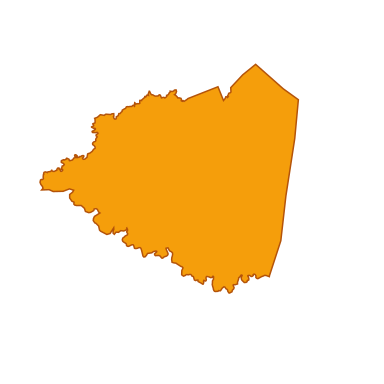 the district of Santa Catarina Loxicha, Oaxaca, Mexico, rotated 65°
{"feature_id": "50627088B46665345239185", "entity_name": "Santa Catarina Loxicha", "entity_type": "district", "adm_level": 2, "iso_a3": "MEX", "parent_name": "Mexico", "parent_adm1": "Oaxaca", "projection": "albers", "projection_center": [-96.724, 16.067], "detail": "fine", "context": "isolated", "style": "filled", "palette": "amber", "viewbox_px": 384, "rotation_deg": 65, "n_neighbors": 0, "source": "geoboundaries", "source_scale": "gbopen_adm2", "svg_char_len": 6050}
<svg xmlns="http://www.w3.org/2000/svg" viewBox="0 0 384 384"><g transform="rotate(65 192 192)"><path d="M300.6,157.2L273.7,132.1L235.3,108.6L187.0,76.3L153.3,56.6L137.0,65.7L103.2,80.4L107.2,96.4L113.8,112.8L117.8,114.4L118.2,115.2L118.1,117.1L118.9,117.7L119.9,119.1L120.9,118.8L121.3,120.0L120.5,120.1L120.0,121.1L121.3,122.5L122.4,124.8L107.6,124.0L105.6,156.2L105.9,156.9L106.5,160.9L105.4,161.4L105.3,161.8L105.8,162.2L105.8,162.4L104.7,163.2L103.9,162.5L102.5,162.4L101.5,163.5L100.6,165.2L99.6,165.2L97.9,165.8L96.4,166.7L96.1,165.3L94.3,163.5L92.7,163.3L92.2,164.9L92.7,165.8L92.6,167.4L91.4,169.2L92.2,169.5L92.5,170.8L93.0,171.2L93.7,172.4L93.8,173.2L93.7,174.2L94.6,174.4L95.1,175.5L95.3,176.9L94.6,177.2L94.1,178.0L93.8,179.9L91.1,179.8L90.3,180.1L90.1,180.8L90.6,182.1L89.7,184.6L88.7,185.6L87.6,186.3L87.1,186.8L86.7,187.6L85.3,187.9L82.8,187.9L82.6,188.2L84.6,190.2L86.1,190.6L85.1,191.7L86.2,193.6L85.5,194.1L85.5,194.4L86.2,194.7L87.4,198.9L87.8,199.1L86.9,200.4L87.1,200.7L89.6,201.9L89.6,202.6L88.7,204.6L88.5,206.2L87.4,205.9L86.9,206.2L88.7,207.4L89.8,207.6L90.0,207.9L88.7,208.2L88.5,208.9L89.0,210.4L88.3,212.0L87.9,213.5L87.3,214.5L87.1,215.5L88.1,216.8L88.1,218.5L88.4,220.7L89.5,221.3L89.7,222.4L90.5,223.9L90.0,224.9L90.1,225.3L91.6,226.5L91.9,228.9L93.2,229.4L93.7,230.2L93.2,231.2L92.4,231.6L91.4,231.5L90.5,231.4L90.2,230.7L87.9,229.8L87.3,231.5L87.4,233.0L85.1,237.1L85.1,237.9L85.5,239.1L83.2,242.4L84.3,246.2L84.1,249.1L84.9,249.1L87.4,250.1L88.4,250.8L88.2,252.9L88.4,253.2L89.3,252.9L90.0,252.9L90.5,253.3L90.5,255.4L90.6,255.6L90.9,255.6L92.6,254.3L93.3,253.0L93.8,252.8L94.5,253.2L94.3,253.8L94.5,254.5L95.0,255.0L94.7,256.5L95.2,257.1L95.9,257.0L96.2,256.8L97.5,254.2L97.6,253.4L97.9,252.7L98.4,252.4L99.3,252.5L99.6,254.6L100.5,255.2L101.5,254.6L102.0,254.7L103.0,256.4L103.7,257.1L104.8,257.4L105.3,258.3L105.1,259.8L105.4,260.9L106.3,261.8L107.2,261.9L108.6,261.1L110.2,260.8L111.4,261.3L111.7,263.2L113.0,265.2L113.1,265.8L113.6,268.2L113.3,270.0L113.4,270.5L116.2,272.5L116.9,275.3L116.7,276.2L116.0,276.9L115.0,276.9L114.4,275.3L113.7,274.8L113.4,274.8L112.9,275.3L112.6,276.5L112.9,277.5L112.4,278.6L112.8,279.1L112.8,280.0L112.5,280.3L112.3,281.8L111.8,282.2L110.9,281.6L110.9,280.8L110.2,281.0L110.0,281.3L109.5,281.3L109.0,281.8L108.8,282.2L109.2,282.9L110.1,283.1L111.1,282.8L111.5,283.1L111.3,284.8L112.4,286.6L112.4,287.3L112.0,289.6L111.7,289.9L110.4,289.6L108.6,291.0L108.4,291.4L108.5,291.7L108.9,291.9L109.1,292.4L109.0,294.4L108.5,294.7L108.4,295.7L108.4,296.9L108.5,297.2L108.8,297.5L109.3,297.4L110.0,297.9L111.8,296.4L113.2,296.2L113.8,297.6L113.6,298.7L114.8,299.6L115.4,300.6L115.9,300.9L116.2,300.8L116.4,300.1L116.7,299.8L117.2,299.8L117.7,300.1L118.1,301.1L118.0,302.0L117.7,302.3L116.5,302.1L115.1,302.8L114.5,302.6L114.4,302.3L114.1,302.4L113.6,303.3L113.7,303.9L114.4,304.9L115.2,305.4L115.0,306.6L115.2,307.9L114.5,309.4L113.6,309.9L113.0,309.9L113.0,310.2L113.5,310.9L113.6,311.6L113.0,313.6L112.8,314.9L113.1,315.1L111.9,316.2L111.6,317.5L112.2,318.5L113.2,318.7L113.5,319.4L115.8,320.7L116.8,320.9L117.3,321.4L117.5,322.2L117.0,323.2L117.1,324.2L118.9,325.6L120.9,325.8L122.2,325.6L123.9,325.2L125.7,325.5L126.6,327.4L129.5,320.5L132.9,317.6L136.9,308.5L137.4,301.7L140.4,298.5L141.7,300.3L142.5,303.9L145.7,305.4L149.5,304.8L151.4,303.2L153.0,304.2L154.3,303.8L155.5,302.3L157.4,298.1L161.3,296.4L164.6,296.8L167.1,294.3L167.6,292.5L167.3,288.9L166.0,287.8L166.6,285.9L167.8,285.1L170.7,285.1L172.1,284.3L172.9,290.7L174.4,292.5L176.2,293.6L179.0,293.1L179.8,292.3L183.4,291.0L187.4,291.9L188.9,291.4L194.5,287.1L195.0,283.8L191.4,278.1L192.9,278.7L194.1,280.0L195.9,280.9L197.5,280.3L196.3,277.8L197.5,275.6L196.9,272.9L198.5,270.3L198.6,267.9L197.6,266.5L198.6,266.7L197.7,266.4L198.1,266.2L199.1,266.4L199.9,266.9L200.3,267.9L201.1,268.1L202.6,267.9L203.5,268.6L203.7,271.3L204.3,272.8L204.3,273.7L204.8,274.5L205.9,275.4L207.3,275.6L208.3,275.2L210.8,273.6L211.4,273.5L212.6,273.9L213.6,273.7L214.3,272.9L214.5,272.1L214.4,268.7L215.0,267.6L216.2,267.5L218.7,267.9L219.2,267.4L219.8,266.0L220.0,264.8L219.9,263.9L220.5,262.5L221.5,262.1L223.9,262.4L229.3,263.5L230.6,263.1L230.9,261.8L230.1,260.0L228.9,258.3L230.1,254.1L229.7,252.3L230.1,250.0L230.7,249.1L231.3,249.2L232.3,252.1L233.2,252.4L234.2,252.1L235.5,248.9L236.3,248.1L239.0,247.4L239.4,247.0L239.5,246.2L239.0,244.5L239.3,242.5L239.1,241.1L238.5,240.2L237.6,239.7L232.8,239.6L232.0,239.3L232.4,237.4L235.7,237.2L236.6,236.7L237.3,236.0L238.8,235.4L240.3,235.9L242.0,237.1L242.6,237.8L244.6,239.0L247.3,239.8L248.7,238.2L249.7,236.6L250.8,236.0L254.9,233.4L255.3,232.8L256.6,232.2L257.4,232.6L258.7,234.3L262.3,236.2L263.1,236.2L264.7,235.2L264.8,233.2L264.5,232.5L264.6,231.6L265.5,230.4L265.6,229.4L266.2,228.0L267.1,227.6L268.2,227.6L269.2,226.5L272.8,227.0L273.9,226.0L273.8,225.2L274.3,223.9L275.7,224.3L278.1,222.5L280.1,221.2L280.2,220.7L279.1,219.7L277.7,219.3L277.1,218.5L278.3,217.7L278.3,216.7L277.4,216.0L276.1,215.8L275.3,215.3L274.9,214.8L274.8,214.2L276.1,212.5L277.5,211.3L277.9,209.9L277.2,208.7L277.5,208.3L278.2,208.3L279.1,209.0L280.0,209.2L281.2,211.0L283.4,212.1L284.2,212.7L285.9,213.1L288.3,213.4L289.0,213.7L290.4,213.8L291.4,213.6L292.0,213.0L293.0,210.4L292.6,209.4L293.5,208.3L293.3,207.5L291.9,205.2L291.4,203.1L292.1,202.4L294.1,202.1L294.8,201.5L295.8,201.2L297.2,201.5L299.1,201.2L299.5,200.5L299.3,199.1L299.4,198.3L299.3,197.9L298.1,197.0L297.4,195.1L296.5,194.3L294.0,194.2L293.6,193.9L293.6,193.2L294.2,192.4L294.6,189.6L293.0,188.9L290.4,186.4L289.5,186.0L289.1,184.4L288.1,182.9L288.2,182.1L288.7,181.8L290.6,183.7L292.1,184.1L293.2,184.0L296.1,182.9L296.8,181.3L296.6,180.0L295.7,179.4L295.5,179.0L295.8,178.5L295.7,177.7L294.6,177.1L292.6,176.8L292.0,177.0L291.4,176.7L291.6,175.6L292.1,174.9L293.6,174.1L293.9,173.1L293.6,171.8L292.8,171.6L292.6,170.6L293.0,170.0L293.8,169.6L295.1,169.5L296.3,170.2L297.2,170.0L298.0,169.5L298.4,168.8L298.1,164.7L298.3,162.5L298.2,161.6L298.9,160.2L301.4,157.7L300.6,157.2Z" fill="#f59e0b" stroke="#b45309" stroke-width="1.5"/></g></svg>